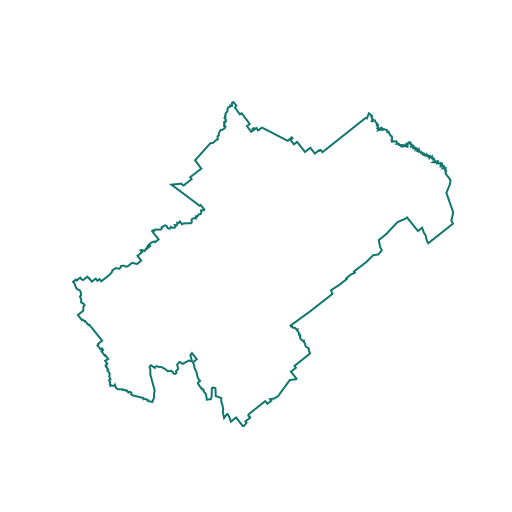 Weddin, New South Wales, Australia (Robinson projection), rotated 133°
{"feature_id": "25037944B42386149342522", "entity_name": "Weddin", "entity_type": "district", "adm_level": 2, "iso_a3": "AUS", "parent_name": "Australia", "parent_adm1": "New South Wales", "projection": "robinson", "projection_center": [147.918, -33.878], "detail": "fine", "context": "isolated", "style": "outline", "palette": "teal", "viewbox_px": 512, "rotation_deg": 133, "n_neighbors": 0, "source": "geoboundaries", "source_scale": "gbopen_adm2", "svg_char_len": 6028}
<svg xmlns="http://www.w3.org/2000/svg" viewBox="0 0 512 512"><g transform="rotate(133 256 256)"><path d="M158.8,377.6L160.3,378.0L162.6,376.0L163.5,377.5L164.2,376.7L166.2,377.7L168.0,377.1L169.7,375.5L172.2,375.6L173.6,374.4L174.7,374.4L175.2,373.0L176.6,373.1L176.9,370.9L178.0,369.9L178.8,369.7L179.4,370.0L179.4,370.7L180.0,370.6L181.2,368.9L181.9,368.9L181.9,368.0L182.7,367.7L182.4,366.7L183.2,366.8L183.6,366.1L186.4,366.5L188.0,367.8L191.7,366.9L193.1,365.4L194.7,365.7L196.9,363.5L197.6,364.1L202.7,364.6L204.6,366.3L227.5,365.8L229.4,355.6L243.3,357.9L243.7,355.5L253.6,357.0L254.2,357.7L253.9,359.9L261.5,366.5L257.7,331.5L256.5,331.3L257.3,325.5L258.1,325.3L260.1,327.3L261.7,325.5L263.0,325.0L264.8,326.3L266.6,325.9L268.0,327.1L268.5,326.7L268.5,325.7L269.6,325.6L270.8,327.3L272.1,327.9L273.5,327.8L275.2,325.9L276.6,326.1L281.3,331.0L283.3,331.8L282.6,335.3L284.6,335.1L285.4,336.3L286.4,335.2L287.6,335.0L288.7,336.4L289.2,335.0L290.6,334.7L292.3,336.3L292.9,338.2L294.4,337.7L295.6,338.5L295.9,339.5L295.0,341.9L295.5,343.4L299.5,344.6L300.2,343.6L301.8,343.7L305.4,347.8L306.8,347.5L307.8,349.1L308.7,348.9L310.3,338.5L314.9,339.3L314.8,340.3L317.2,341.6L322.2,342.2L323.2,341.7L320.6,341.3L320.8,340.2L325.7,340.9L325.8,341.4L328.2,340.8L329.5,343.7L330.5,344.3L330.9,341.9L336.7,342.8L337.7,336.8L342.9,337.5L345.5,341.9L351.2,342.9L352.4,343.7L353.4,346.3L355.4,347.9L356.8,347.1L358.6,347.3L360.3,350.1L364.5,351.3L365.4,350.5L369.4,350.3L380.0,351.9L379.6,354.7L382.3,355.1L381.8,357.8L386.7,358.6L386.0,363.4L386.5,363.5L386.2,365.2L391.6,366.1L392.1,367.9L391.7,369.8L396.5,370.6L396.3,371.7L399.6,372.2L400.2,369.4L401.9,366.1L402.2,363.9L401.3,361.6L401.8,359.8L404.1,357.0L405.6,357.2L407.4,353.6L409.2,352.4L408.5,349.3L408.8,347.8L410.6,347.7L414.0,345.0L420.6,346.1L421.6,339.6L420.8,339.4L420.6,336.6L420.1,336.6L420.7,332.4L420.6,331.3L419.9,331.2L422.9,310.8L427.9,311.6L428.3,310.8L429.5,311.0L430.3,305.9L428.6,305.6L429.2,303.5L431.2,303.8L432.0,298.8L431.3,298.7L432.1,293.9L435.5,294.9L436.3,291.1L438.5,291.4L438.8,290.1L439.2,290.2L439.8,286.7L440.9,286.8L441.8,282.8L444.3,281.0L445.4,278.4L446.6,278.8L447.5,278.1L447.7,276.5L449.4,275.6L449.4,274.7L450.3,273.9L449.2,273.4L447.6,271.0L446.4,271.3L448.0,268.4L447.6,266.1L444.7,262.9L445.0,262.2L443.9,261.5L443.5,259.6L442.4,259.0L442.9,256.3L442.0,256.2L441.0,254.9L441.1,253.7L442.3,253.1L442.1,251.2L436.8,241.8L437.4,240.6L436.5,240.3L435.1,237.1L435.8,236.7L435.4,235.6L433.5,232.3L428.8,234.1L426.1,236.8L423.5,238.3L414.7,252.5L410.9,256.1L409.8,258.2L407.6,258.4L406.9,253.9L406.4,254.3L404.5,253.7L403.3,251.3L401.7,249.6L400.5,244.8L400.5,242.1L398.1,240.0L397.5,238.0L398.0,237.5L398.0,235.5L397.4,234.8L395.8,234.4L394.8,236.0L391.7,235.9L389.2,239.6L385.8,239.7L385.3,239.3L385.2,236.2L378.2,233.8L377.3,231.8L376.2,231.7L373.3,236.4L370.7,236.6L371.9,228.9L376.8,229.6L378.1,226.7L379.7,224.9L381.4,220.5L385.0,215.2L385.5,211.7L388.3,212.1L388.9,211.5L390.0,206.6L389.7,206.0L390.4,204.9L389.7,204.1L389.8,202.7L390.8,202.1L391.1,198.4L394.6,194.0L391.5,191.4L388.9,192.7L382.7,198.2L381.3,197.6L380.3,195.6L385.9,189.9L383.6,184.6L386.9,181.2L387.4,179.7L390.4,175.5L392.9,173.7L396.3,168.8L391.8,169.4L391.0,169.0L392.0,165.7L394.3,161.4L387.7,160.4L389.4,149.6L388.9,149.0L384.5,149.1L384.2,151.0L378.4,150.0L377.7,151.1L378.2,151.7L377.9,152.9L376.6,153.4L355.8,150.3L356.3,146.9L351.4,146.1L351.1,148.1L347.9,145.5L343.1,144.3L323.6,146.7L318.8,142.6L318.1,142.7L316.8,151.5L310.5,150.6L310.1,152.9L290.5,150.0L289.0,153.0L287.6,154.3L288.2,157.3L287.8,158.8L286.5,160.6L286.2,162.6L285.2,163.3L286.3,164.6L286.2,167.1L284.9,168.9L284.3,169.0L284.5,170.1L283.4,170.6L283.8,171.4L282.7,173.0L282.5,174.9L281.3,175.6L282.2,176.3L281.9,178.4L283.3,180.1L282.8,181.2L283.7,182.1L283.4,183.3L258.6,178.5L231.5,174.2L229.9,177.8L220.3,175.4L210.9,173.9L210.7,174.8L205.0,174.0L200.8,172.3L200.5,173.8L185.2,171.2L175.5,170.9L171.5,167.6L166.1,167.8L164.7,171.3L160.6,177.1L151.0,175.7L134.7,175.6L126.6,172.1L124.8,171.8L127.3,154.6L122.1,153.8L124.7,148.6L125.0,146.5L128.3,141.3L129.2,138.7L98.0,134.0L96.9,137.2L89.6,141.5L80.0,159.8L71.5,163.0L67.7,165.7L66.5,173.0L65.5,174.7L64.5,174.6L64.0,176.5L63.3,176.4L63.2,176.9L62.4,177.3L64.3,179.0L62.9,178.9L62.1,180.0L64.7,182.0L63.6,182.9L62.7,182.1L61.7,182.7L61.7,184.1L63.8,185.5L62.6,187.7L63.4,188.3L63.5,187.2L64.8,187.0L64.3,188.7L65.5,189.1L66.6,190.4L64.5,189.8L63.8,191.7L64.5,192.2L63.7,192.9L64.5,193.5L63.2,195.1L64.4,195.1L64.3,196.4L66.1,196.1L65.6,196.9L65.9,198.0L64.7,198.0L65.7,200.2L67.2,199.8L65.9,200.8L67.2,200.9L66.8,202.3L68.3,202.2L67.2,202.8L68.0,203.2L67.0,204.3L67.9,205.0L67.3,205.9L68.9,206.3L67.8,206.4L68.8,208.4L67.9,207.9L67.0,209.3L68.4,208.9L68.6,210.4L67.7,211.3L69.0,211.7L68.1,212.1L68.2,213.3L69.8,212.8L69.4,213.2L70.0,214.6L69.7,215.4L68.2,215.6L68.1,216.1L69.4,216.2L68.8,217.4L69.6,217.5L68.5,218.1L68.9,219.3L67.9,219.7L67.8,220.8L68.7,221.0L68.7,221.8L70.9,221.9L70.8,221.4L72.6,220.9L72.1,220.1L72.8,219.7L73.7,221.4L72.7,222.6L75.1,222.7L75.8,223.5L74.7,224.1L75.1,224.8L76.7,224.6L76.2,226.0L77.3,227.0L76.5,228.1L78.2,229.8L76.9,230.2L76.4,231.7L79.8,234.6L79.4,235.3L78.4,235.4L78.0,236.5L77.1,236.6L75.8,238.4L76.3,239.6L74.9,243.5L75.8,244.6L74.8,245.1L74.7,246.3L76.0,248.9L77.1,249.2L76.6,250.1L76.7,251.9L77.4,252.0L78.2,250.9L78.8,252.6L79.4,251.6L80.8,252.4L79.7,252.7L79.9,254.4L78.4,254.6L78.3,255.5L77.1,256.2L77.9,256.9L76.6,257.7L76.6,259.3L75.8,261.6L76.6,262.6L78.2,262.7L78.4,263.4L76.6,263.4L76.6,264.3L76.0,264.6L76.2,265.4L74.5,266.7L75.0,267.5L74.4,268.3L74.7,270.8L79.7,268.7L80.3,270.0L134.7,278.2L134.3,281.0L135.8,281.3L135.7,282.0L140.9,282.8L139.8,290.1L146.5,291.1L144.5,303.8L148.5,304.4L147.6,310.0L145.0,309.6L144.9,310.8L150.1,311.3L158.0,339.2L162.7,340.1L162.1,343.0L164.2,343.3L163.9,344.9L165.6,345.2L165.8,343.7L168.4,344.2L167.2,351.2L163.7,350.7L161.4,363.9L163.4,364.3L163.0,366.7L161.8,372.7L159.4,373.0L158.8,377.6Z" fill="none" stroke="#0f766e" stroke-width="2"/></g></svg>